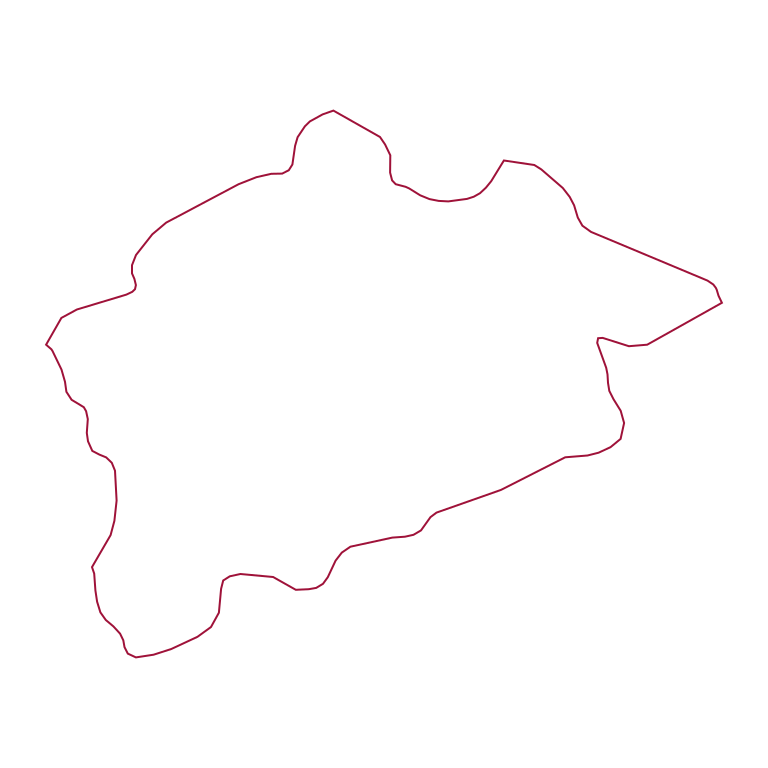 an SVG outline of Guelma
{"feature_id": "DZA-2218", "entity_name": "Guelma", "entity_type": "Province", "adm_level": 1, "iso_a3": "DZA", "parent_name": "Algeria", "parent_adm1": "", "projection": "orthographic", "projection_center": [7.375, 36.384], "detail": "fine", "context": "isolated", "style": "outline", "palette": "rose", "viewbox_px": 768, "rotation_deg": 0, "n_neighbors": 0, "source": "natural_earth", "source_scale": "10m", "svg_char_len": 1678}
<svg xmlns="http://www.w3.org/2000/svg" viewBox="0 0 768 768"><path d="M92.0,567.1L110.6,535.1L114.4,520.8L116.6,500.6L115.0,470.7L111.8,462.8L106.2,457.4L99.4,454.6L92.3,450.9L88.0,441.3L86.8,432.9L87.8,419.1L86.1,411.2L83.8,407.2L71.6,399.8L66.4,391.8L65.0,381.8L61.5,369.6L52.5,351.0L51.4,349.3L46.1,344.7L61.4,317.9L76.9,309.5L126.4,294.6L132.3,291.8L135.0,289.2L135.9,285.1L134.4,278.9L132.0,273.4L132.0,265.2L136.0,255.0L152.3,234.3L166.2,222.6L238.6,184.2L256.4,177.2L271.3,173.8L282.2,173.6L288.8,170.2L292.4,164.5L295.1,145.8L297.6,137.2L304.9,126.3L309.9,121.4L322.6,114.4L333.4,110.6L380.0,137.0L385.1,144.5L390.3,155.3L390.1,172.6L392.1,180.4L395.7,184.2L405.6,186.8L409.1,188.4L420.2,195.3L429.5,199.1L438.7,200.9L448.3,201.4L467.0,198.9L473.8,196.7L480.0,193.2L485.9,187.7L491.2,181.2L503.9,160.5L534.3,165.0L541.3,169.4L562.8,188.0L569.7,196.9L574.1,205.3L577.8,217.6L582.4,225.7L591.0,231.9L707.5,280.6L713.3,284.5L715.8,287.8L716.7,289.7L718.5,295.7L721.9,302.8L647.2,344.7L628.9,346.2L602.7,337.9L598.1,338.2L597.2,342.9L606.2,367.8L607.5,374.4L608.0,382.8L609.3,390.9L613.5,399.2L620.7,410.8L624.1,423.0L620.6,438.9L610.6,447.1L598.6,452.7L587.5,455.5L565.2,457.3L501.0,489.9L436.5,512.6L430.5,517.1L421.0,530.4L413.5,534.8L405.0,536.7L392.3,537.6L350.4,546.7L341.8,552.6L335.6,560.6L327.8,577.2L323.0,583.8L316.2,587.9L308.8,589.2L295.8,589.8L273.1,577.0L240.4,574.0L229.8,576.3L223.2,580.5L221.1,588.8L218.9,612.7L211.0,627.0L197.5,636.8L171.3,649.0L153.6,654.7L135.9,657.4L127.8,653.6L124.5,647.1L123.3,640.3L120.1,633.7L113.4,626.4L105.8,620.0L100.4,612.4L97.1,601.7L95.4,590.4L94.2,573.6L92.0,567.1Z" fill="none" stroke="#9f1239" stroke-width="2"/></svg>